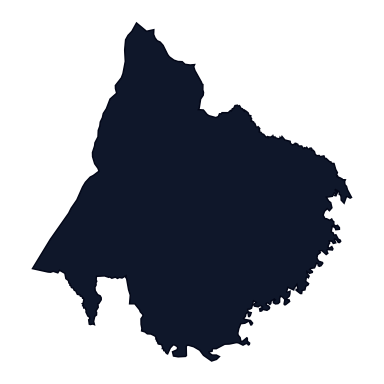 Mancha Khiri, Khon Kaen, Thailand
{"feature_id": "78962969B48602997867294", "entity_name": "Mancha Khiri", "entity_type": "district", "adm_level": 2, "iso_a3": "THA", "parent_name": "Thailand", "parent_adm1": "Khon Kaen", "projection": "robinson", "projection_center": [102.568, 16.234], "detail": "fine", "context": "isolated", "style": "filled", "palette": "ink", "viewbox_px": 384, "rotation_deg": 0, "n_neighbors": 0, "source": "geoboundaries", "source_scale": "gbopen_adm2", "svg_char_len": 6020}
<svg xmlns="http://www.w3.org/2000/svg" viewBox="0 0 384 384"><path d="M194.6,64.6L190.2,65.0L185.0,64.3L182.2,61.7L177.9,61.5L173.8,60.1L169.3,56.8L167.6,54.5L163.1,45.4L160.2,42.1L157.1,40.7L155.0,37.9L153.6,34.4L153.8,29.7L146.5,31.3L136.5,23.0L131.9,31.3L128.1,35.3L125.6,39.8L124.7,50.0L125.3,61.4L123.0,73.5L121.4,77.8L115.4,85.5L115.5,88.7L116.7,93.2L110.1,99.0L106.4,108.7L103.3,113.5L102.4,117.7L100.3,122.0L99.8,126.2L98.3,130.3L98.0,136.9L95.0,142.7L94.6,146.0L92.5,152.5L92.6,156.7L94.7,163.7L98.0,168.3L99.0,171.2L93.3,175.5L90.2,177.1L85.4,182.3L82.6,187.0L76.9,199.9L71.2,208.2L68.7,213.2L50.3,239.4L32.5,268.6L48.0,272.0L50.7,272.2L53.2,271.3L57.8,272.8L59.5,270.2L64.9,273.3L65.9,278.6L68.4,280.5L69.0,283.1L70.0,283.9L69.9,285.2L70.9,285.7L71.5,287.5L73.2,288.0L74.3,290.3L75.7,290.8L77.4,294.3L79.9,294.8L80.4,296.1L82.0,296.4L82.6,298.2L83.3,297.9L83.9,299.3L83.2,303.1L82.3,303.7L83.4,304.5L82.7,305.7L83.4,306.0L83.8,308.0L85.1,307.8L86.1,310.3L86.0,312.1L87.9,316.1L89.5,317.1L89.7,319.2L88.7,319.8L89.3,324.2L90.3,324.5L92.9,324.0L94.4,324.6L93.6,321.4L94.7,316.4L96.5,315.0L96.6,312.3L95.8,311.1L98.2,307.4L97.9,303.6L98.9,303.4L101.2,299.8L101.2,297.8L100.2,295.9L97.6,294.6L95.2,290.7L94.9,287.3L96.1,285.0L95.9,282.7L96.7,281.5L96.1,279.3L96.5,276.3L104.6,275.9L108.7,277.3L109.7,276.9L111.8,278.2L115.4,277.1L117.5,278.4L119.4,277.4L122.0,278.0L126.0,275.7L125.8,277.6L126.6,278.4L128.6,289.7L130.3,295.1L129.6,303.8L134.8,303.8L139.5,309.7L140.3,311.8L143.0,314.7L142.8,316.2L141.0,318.8L141.1,324.4L141.9,328.4L141.6,330.9L144.9,331.9L147.3,333.8L150.9,334.0L155.0,336.0L156.1,337.8L155.8,338.9L156.6,339.0L156.6,340.9L157.6,341.5L157.7,343.0L158.7,343.2L158.5,344.0L161.7,344.6L162.6,347.4L162.3,348.6L163.6,348.9L163.8,350.6L165.7,351.3L165.7,352.4L166.7,353.5L167.6,353.9L170.3,347.9L173.0,345.0L174.2,344.8L177.0,346.4L177.8,347.9L176.9,349.9L172.5,351.8L173.5,356.0L178.1,356.8L185.5,356.4L186.4,355.6L186.2,346.6L186.9,345.4L188.1,345.1L193.7,346.7L199.7,350.2L203.5,355.3L211.6,361.0L216.5,359.4L219.4,356.6L216.4,355.1L212.3,355.1L209.2,353.1L209.0,352.0L212.1,351.2L212.3,349.2L213.1,348.6L216.2,348.7L224.7,344.2L229.5,344.0L236.2,342.6L238.3,342.8L243.0,345.1L246.1,343.5L247.5,343.7L248.3,344.9L249.3,344.5L249.6,343.1L247.4,341.3L247.3,338.2L246.8,337.8L242.6,341.3L240.9,341.4L240.1,337.6L238.1,335.1L237.8,333.1L238.8,328.4L240.7,323.7L244.9,323.2L249.0,320.9L250.8,324.9L251.6,324.8L252.6,323.1L250.5,320.5L244.8,319.4L243.5,318.4L245.4,316.4L245.8,314.1L246.8,312.6L248.0,312.9L248.6,316.5L249.3,316.6L250.3,315.5L251.2,312.7L248.4,312.0L247.5,309.9L248.1,309.1L249.8,309.1L251.5,308.2L253.5,300.8L256.3,302.3L253.6,304.6L254.4,306.1L258.2,306.8L260.2,305.4L262.4,306.7L262.2,307.5L259.6,308.9L260.1,311.2L261.7,310.9L262.7,309.4L267.0,310.3L269.3,308.7L269.6,307.5L268.5,306.0L266.3,305.0L266.2,303.5L267.7,302.7L269.9,304.4L270.8,303.5L271.1,301.0L274.3,299.0L275.3,299.7L273.4,301.5L273.5,302.8L275.5,303.9L278.0,303.6L279.6,302.1L279.6,298.4L280.5,296.2L282.5,296.9L284.9,299.5L284.1,304.0L284.5,304.7L285.5,304.7L289.6,301.5L289.1,299.9L285.8,299.4L289.3,296.1L289.9,293.8L290.0,291.3L287.4,292.3L286.6,291.6L287.9,287.3L293.7,289.9L294.1,288.3L296.9,284.3L298.0,289.2L297.6,289.9L296.2,289.3L296.1,290.2L300.4,293.5L301.6,293.5L302.1,290.4L304.9,289.9L305.7,286.3L308.2,284.8L308.6,283.6L305.7,281.4L306.3,277.3L306.9,276.9L308.3,277.8L309.1,276.1L307.1,273.5L306.9,271.6L309.6,273.3L312.3,272.4L312.4,271.5L309.7,269.4L310.9,268.4L314.5,267.8L316.5,263.1L318.0,263.8L318.3,265.7L319.3,266.3L321.0,265.7L322.7,263.4L322.5,262.5L318.5,261.1L316.9,258.1L317.5,254.8L320.3,252.7L319.3,250.9L322.0,250.6L326.2,254.5L327.8,253.3L326.8,250.9L327.4,249.5L332.4,250.0L332.9,248.8L331.8,246.6L329.2,248.2L328.0,247.3L328.5,244.6L329.6,243.3L329.2,240.9L332.0,241.3L333.3,243.4L335.7,242.8L334.3,239.4L334.6,238.8L336.3,239.5L338.3,242.4L339.6,242.5L340.7,241.2L340.0,239.9L338.3,239.2L335.9,234.8L334.0,235.2L333.0,232.7L331.1,232.0L332.3,226.0L335.1,227.8L335.8,229.7L339.4,229.3L339.4,227.7L337.5,225.3L335.8,226.0L333.8,224.7L333.8,221.7L332.5,220.7L331.7,219.0L329.8,220.3L326.5,218.7L325.1,218.8L323.1,215.2L324.5,211.3L327.3,208.6L329.4,210.7L331.9,207.8L330.7,202.6L328.8,201.2L326.3,197.2L332.4,196.3L334.3,192.8L335.9,193.6L334.7,195.5L335.9,195.8L337.6,192.1L335.5,190.8L335.1,190.0L335.6,189.5L339.2,191.6L339.3,194.5L340.5,194.8L341.1,196.9L341.2,200.1L344.1,203.2L346.4,196.7L347.8,196.7L350.1,198.1L351.5,197.4L347.5,189.9L346.5,186.4L344.9,184.6L344.6,181.5L345.3,179.8L342.4,179.7L342.2,179.0L339.4,177.5L338.5,177.7L337.9,176.5L336.9,176.5L337.3,175.5L336.5,174.7L337.4,172.6L335.7,169.5L334.0,163.5L331.3,163.3L331.0,162.0L329.6,161.7L326.2,158.5L325.0,158.6L323.9,155.9L320.2,156.7L319.2,155.5L316.8,155.7L315.2,154.4L314.5,151.8L313.2,150.3L311.7,150.3L312.0,149.2L311.2,148.1L309.8,148.2L309.3,149.1L307.8,148.8L306.7,147.3L306.0,148.1L304.4,147.7L304.4,148.5L303.1,148.6L301.7,146.0L298.8,146.0L298.0,145.5L297.9,144.4L295.8,143.3L295.1,143.4L295.2,144.3L294.6,144.0L292.4,144.9L290.5,143.5L290.1,141.3L284.9,140.0L282.0,136.5L281.5,137.8L280.6,138.1L280.1,137.4L279.9,138.3L278.3,138.8L275.1,137.6L274.9,136.9L273.6,137.5L272.9,135.7L272.3,136.6L271.6,136.4L270.4,137.3L268.8,136.8L268.1,137.7L267.5,136.6L266.1,137.3L263.6,134.3L262.6,134.3L260.8,132.3L259.3,131.9L259.6,130.2L259.1,129.4L259.7,128.5L258.1,126.7L257.1,127.4L256.1,126.9L254.8,123.4L253.5,122.6L253.5,121.9L251.1,121.1L251.7,120.2L250.7,119.3L251.5,118.5L250.6,117.2L250.8,115.7L249.0,115.4L248.1,112.8L246.0,111.1L244.7,111.3L245.0,110.5L244.1,109.9L243.6,110.4L242.3,108.7L241.2,108.6L239.5,105.7L238.6,106.2L237.4,105.2L235.0,105.6L233.7,108.3L232.3,108.8L231.5,110.8L230.5,110.5L228.2,112.7L222.0,112.7L221.3,113.8L219.5,113.8L218.3,116.6L215.8,117.6L208.9,115.7L207.0,114.4L203.4,110.0L198.4,109.6L199.2,108.1L200.6,99.1L203.2,95.2L203.5,92.4L202.8,89.8L202.9,84.5L201.5,83.4L201.6,82.5L194.9,70.5L193.7,66.7L194.6,64.6Z" fill="#0f172a" stroke="#020617" stroke-width="1.5"/></svg>